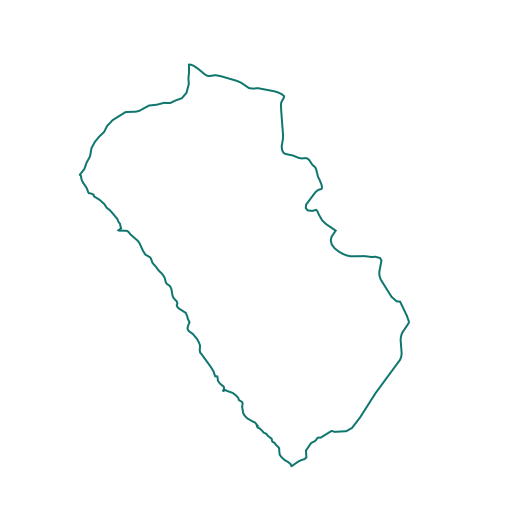 the border of Tarapacá, rotated 328°
{"feature_id": "CHL-2693", "entity_name": "Tarapacá", "entity_type": "Region", "adm_level": 1, "iso_a3": "CHL", "parent_name": "Chile", "parent_adm1": "", "projection": "equal_earth", "projection_center": [-69.568, -20.2], "detail": "fine", "context": "isolated", "style": "outline", "palette": "teal", "viewbox_px": 512, "rotation_deg": 328, "n_neighbors": 0, "source": "natural_earth", "source_scale": "10m", "svg_char_len": 3414}
<svg xmlns="http://www.w3.org/2000/svg" viewBox="0 0 512 512"><g transform="rotate(328 256 256)"><path d="M300.7,58.1L302.5,59.7L304.0,61.8L306.2,66.8L308.9,75.1L310.2,77.4L311.9,78.7L317.5,81.2L321.2,84.6L332.3,97.0L335.0,100.8L339.1,110.0L342.4,112.6L346.6,114.7L359.1,126.3L361.6,129.3L363.6,132.4L364.5,135.4L363.5,136.5L358.7,139.2L357.1,141.3L354.5,145.9L349.2,156.0L342.8,168.2L340.7,171.2L335.8,176.7L334.3,179.9L334.0,182.8L334.8,184.8L340.5,190.3L344.2,195.4L346.2,197.3L349.8,199.2L351.0,200.2L351.9,202.4L352.0,203.5L352.1,208.2L352.6,210.3L353.1,211.3L353.2,212.3L352.9,214.5L350.5,221.9L350.3,225.0L349.3,230.4L348.7,232.0L347.7,233.6L346.6,233.8L345.4,233.3L343.7,232.9L340.1,233.4L325.7,239.0L323.6,241.7L324.0,244.7L327.6,247.6L331.4,248.7L331.8,250.3L331.2,254.8L331.0,260.9L332.4,266.2L337.0,276.7L330.3,279.7L327.7,282.3L326.3,286.5L326.8,291.3L328.5,296.1L330.9,300.5L333.5,303.9L336.1,306.4L348.1,313.7L353.6,318.2L356.7,319.8L360.1,323.4L360.0,326.3L351.9,335.1L350.2,338.3L349.3,342.0L349.3,362.4L351.3,369.0L354.0,371.1L352.3,386.5L350.9,392.6L350.3,393.4L349.5,394.0L339.7,398.4L337.7,399.8L335.4,402.1L333.9,404.3L327.9,415.8L325.5,418.7L323.1,420.4L284.8,435.6L258.6,448.1L246.3,452.7L239.7,452.4L229.5,446.8L228.3,445.3L227.2,444.4L214.5,444.3L213.2,443.3L212.0,442.9L211.0,443.1L209.5,443.8L208.5,444.1L207.6,444.2L203.7,443.8L195.2,447.5L192.0,453.5L190.6,453.8L189.2,453.9L186.8,453.2L183.3,452.7L175.0,453.1L174.7,453.0L175.0,450.7L174.1,447.8L172.1,444.1L171.0,440.0L170.8,436.9L171.6,435.5L172.2,434.0L173.3,432.2L173.8,430.6L172.9,426.9L172.7,424.0L171.6,422.6L171.6,421.2L172.1,420.3L172.4,419.2L172.0,418.1L171.4,416.6L170.7,414.5L170.6,412.4L168.9,409.8L168.7,408.1L167.9,404.6L167.4,403.7L166.8,403.0L166.5,402.0L166.5,401.1L166.8,400.3L167.2,399.8L167.3,399.9L166.9,396.6L165.4,394.5L162.5,388.9L161.7,384.8L162.0,382.0L162.7,380.6L164.2,376.7L166.5,374.1L166.8,372.3L165.2,369.2L165.7,366.9L165.2,363.8L164.4,361.6L163.7,359.9L162.0,357.6L160.2,355.5L159.0,353.5L156.8,353.2L156.7,352.8L158.6,351.7L159.4,349.7L157.8,345.1L157.6,341.5L159.2,338.4L159.2,337.3L158.6,337.1L158.3,336.9L158.1,336.6L157.6,336.3L158.8,331.6L158.9,326.5L157.8,310.4L157.5,308.2L158.3,306.2L161.0,302.5L161.6,300.0L162.1,295.6L161.5,291.4L161.1,288.5L159.5,284.8L159.1,282.7L159.7,280.8L162.4,278.4L164.5,277.0L165.0,272.5L165.6,271.3L166.3,267.0L162.8,259.7L162.3,257.8L162.6,255.9L163.3,255.2L164.1,254.7L164.7,253.0L164.6,251.9L163.9,248.3L163.9,246.6L164.6,244.3L166.7,239.3L167.1,236.2L166.9,235.3L165.8,232.9L165.5,231.4L165.8,229.8L166.9,226.4L167.1,224.8L166.9,221.4L165.8,216.8L165.4,211.6L164.6,207.5L164.8,205.8L165.5,202.8L165.5,201.0L162.9,196.2L162.9,191.8L164.0,183.3L163.8,180.5L161.0,171.2L160.6,168.0L159.9,166.3L157.0,164.3L153.5,162.1L153.0,161.3L156.3,161.0L157.0,158.5L157.7,156.7L157.5,154.1L158.0,151.2L157.1,144.2L156.3,139.6L154.9,135.8L154.9,131.7L153.2,125.7L150.2,119.6L150.4,118.6L150.8,117.9L149.7,116.2L148.3,114.7L147.6,114.3L147.5,112.9L148.2,109.9L148.4,108.4L148.2,102.0L148.5,99.0L150.1,94.9L149.6,93.8L149.7,93.7L156.5,91.3L161.7,87.1L168.0,83.6L173.7,77.3L179.9,73.8L186.2,71.7L192.9,70.3L198.7,66.8L206.5,64.8L215.3,64.8L221.5,64.8L225.2,66.8L229.9,69.6L233.5,71.0L245.0,71.7L252.2,75.2L259.0,77.3L264.2,80.8L270.4,81.5L276.7,82.9L283.5,80.8L290.2,74.5L292.8,69.6L296.5,64.8L300.6,58.1L300.7,58.1Z" fill="none" stroke="#0f766e" stroke-width="2"/></g></svg>